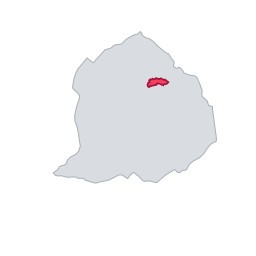 Hwedza, Mashonaland East, Zimbabwe shown in context, rotated 310°
{"feature_id": "62879985B61982490553927", "entity_name": "Hwedza", "entity_type": "district", "adm_level": 2, "iso_a3": "ZWE", "parent_name": "Zimbabwe", "parent_adm1": "Mashonaland East", "projection": "mercator", "projection_center": [31.714, -18.765], "detail": "fine", "context": "in_parent", "style": "filled", "palette": "rose", "viewbox_px": 256, "rotation_deg": 310, "n_neighbors": 0, "source": "geoboundaries", "source_scale": "gbopen_adm2", "svg_char_len": 4874}
<svg xmlns="http://www.w3.org/2000/svg" viewBox="0 0 256 256"><g transform="rotate(310 128 128)"><path d="M174.3,204.3L172.4,203.0L169.8,202.1L166.4,201.7L162.1,201.9L156.7,202.6L150.9,201.8L144.8,199.3L139.7,198.4L133.6,199.5L133.3,199.5L132.3,198.7L130.6,196.9L127.8,196.6L127.1,196.1L126.4,195.5L126.0,194.6L125.9,193.7L126.3,190.7L126.1,190.4L125.3,190.0L123.8,189.7L120.2,188.3L115.6,187.0L108.1,185.6L105.2,185.2L104.5,184.8L103.7,183.7L102.2,180.3L100.9,178.1L97.7,174.7L97.2,173.6L97.3,170.9L97.6,168.7L97.9,166.8L97.7,165.0L97.7,162.9L97.8,161.4L97.4,160.8L96.2,160.3L92.9,160.1L88.9,160.2L88.7,158.0L88.4,154.6L87.6,152.7L86.7,151.6L84.8,150.6L81.1,149.1L76.0,146.9L71.7,143.6L66.7,139.6L65.1,138.9L63.3,135.1L60.5,128.6L60.7,126.4L60.2,125.3L57.5,122.1L56.9,120.5L56.4,118.8L52.1,114.1L50.6,112.1L49.5,109.5L48.4,107.4L47.5,106.6L46.2,105.1L45.4,103.5L45.0,102.3L45.3,100.7L45.7,99.6L49.8,100.7L52.1,100.8L53.9,100.3L56.0,101.0L58.6,103.1L61.5,103.5L64.5,102.2L68.7,102.6L73.9,104.7L78.2,105.2L83.3,103.3L87.9,98.1L92.2,93.3L96.5,87.7L99.0,83.2L102.8,79.5L107.7,76.7L112.7,74.3L120.4,71.4L122.0,69.0L122.5,66.4L122.5,62.8L122.9,60.4L123.7,59.3L125.0,58.5L126.6,57.4L131.7,54.6L135.9,52.9L141.1,51.7L146.8,51.7L152.2,51.7L155.3,51.7L155.4,55.2L155.6,59.1L156.2,59.5L160.3,59.6L166.9,59.9L173.2,60.1L177.3,63.0L178.7,63.6L182.9,64.4L188.3,69.1L194.7,69.6L199.2,71.1L203.1,72.7L205.4,74.7L206.8,75.1L208.8,75.3L209.8,75.4L209.5,76.9L208.2,79.3L208.4,82.7L210.2,87.5L210.5,91.6L209.9,99.0L209.9,106.1L210.1,108.6L210.4,110.3L210.8,111.2L210.7,112.3L209.6,115.3L208.8,118.4L208.7,119.7L208.4,120.6L207.8,121.4L204.9,122.8L204.4,123.7L204.5,125.4L204.8,126.8L205.9,127.3L207.2,128.0L207.7,129.1L207.7,130.2L207.3,132.2L206.1,135.5L207.3,139.3L208.5,141.8L210.3,144.7L211.0,146.5L211.0,147.8L210.7,149.0L208.1,154.3L206.2,157.6L203.9,161.1L200.8,163.3L200.0,164.4L199.7,165.6L199.8,168.2L199.7,171.0L197.1,175.2L198.7,178.9L198.3,179.3L197.5,179.8L193.7,183.9L189.9,188.1L187.1,191.2L183.9,194.7L180.4,198.6L177.4,201.9L174.3,204.3Z" fill="#d9dde1" stroke="#a8b0b8" stroke-width="1"/><path d="M189.2,129.4L189.2,129.2L188.9,128.8L188.9,128.6L188.9,128.4L188.9,128.1L188.9,127.9L189.0,127.8L189.0,127.7L189.0,127.3L189.0,127.2L189.1,126.8L189.0,126.7L189.0,126.3L189.0,126.1L188.9,126.0L188.9,125.9L188.8,125.7L188.7,125.6L188.5,125.4L188.4,125.3L188.4,125.2L188.5,125.0L188.6,124.9L188.4,124.8L188.4,124.7L188.2,124.6L187.9,124.6L187.8,124.4L187.8,123.9L187.7,123.8L187.7,123.6L187.7,123.4L187.6,123.2L187.5,122.7L187.6,122.4L187.6,122.2L187.5,121.9L187.4,121.7L187.2,121.4L187.1,121.2L186.9,121.0L186.7,121.0L186.4,121.1L186.2,121.1L185.9,121.0L185.9,120.9L186.0,120.8L186.0,120.7L185.9,120.6L185.9,120.4L185.7,120.2L185.6,119.9L185.4,119.7L185.2,119.4L185.1,119.2L185.0,119.3L185.0,119.2L184.9,119.1L184.9,118.9L184.7,118.8L184.7,118.7L184.4,118.4L184.3,118.2L184.3,117.8L184.2,117.8L184.2,117.7L183.9,117.5L183.8,117.4L183.9,117.2L183.7,117.2L183.5,117.3L183.3,117.3L183.2,117.3L183.1,117.2L182.8,117.2L182.6,117.2L182.3,116.9L182.3,116.7L182.2,116.6L181.9,116.5L181.9,116.4L181.7,116.3L181.7,116.2L181.6,116.3L181.5,116.2L181.4,116.1L181.3,115.9L181.2,115.9L181.8,115.7L181.7,115.4L181.5,115.0L180.6,114.9L180.1,114.7L180.0,113.9L178.9,113.6L178.0,113.4L177.9,113.8L178.4,114.3L177.5,114.8L176.8,115.3L176.7,115.3L176.7,115.2L175.8,114.2L175.7,114.2L175.6,114.4L174.7,115.0L174.1,114.9L173.6,115.0L172.5,116.7L172.6,117.2L172.6,117.5L172.8,117.7L172.9,117.8L173.0,117.8L173.3,117.8L173.5,117.8L173.4,118.0L173.5,118.0L173.5,117.9L173.9,117.9L173.9,118.0L174.0,118.2L174.2,118.3L174.3,118.4L174.4,118.5L174.5,118.6L174.8,118.7L175.0,118.7L175.1,118.8L175.2,118.7L175.3,118.6L175.5,118.8L175.8,119.0L176.0,119.0L176.2,119.3L176.2,119.5L176.3,119.6L176.3,119.8L176.5,119.9L176.7,120.0L176.9,120.0L177.0,120.1L177.1,120.4L177.1,120.5L177.3,120.6L177.8,120.7L177.9,120.8L178.0,120.8L178.2,121.0L178.3,121.1L178.3,121.3L178.4,121.5L178.6,121.5L178.8,121.6L179.0,121.6L179.3,121.5L179.3,121.8L179.3,122.0L179.5,122.2L179.8,122.1L180.1,122.0L180.3,122.0L180.5,122.1L180.6,121.9L180.8,121.7L181.0,121.7L181.1,121.8L181.3,121.8L181.5,122.0L181.6,122.4L181.8,122.9L181.8,123.0L182.0,123.2L182.1,123.5L182.2,123.8L182.2,124.0L182.5,124.6L182.5,124.9L182.6,125.0L182.7,125.3L182.8,125.5L183.0,125.9L183.1,126.2L183.2,126.3L183.2,126.5L183.3,126.7L183.3,126.8L183.2,126.8L183.3,126.9L183.3,127.0L183.5,127.1L183.5,127.3L183.6,127.2L183.8,127.2L183.9,127.3L184.0,127.3L184.3,127.4L184.6,127.4L184.7,127.5L184.9,127.8L185.0,127.8L185.2,128.0L185.3,128.0L185.5,128.3L185.5,128.5L185.9,128.6L186.0,128.7L186.0,128.8L186.1,129.0L186.3,129.0L186.5,129.1L186.9,129.3L187.0,129.3L187.3,129.4L187.5,129.4L187.6,129.5L187.8,129.5L188.0,129.5L188.2,129.3L188.3,129.3L188.5,129.4L188.8,129.3L188.9,129.5L189.1,129.4L189.2,129.4Z" fill="#f43f5e" stroke="#9f1239" stroke-width="1.5"/></g></svg>